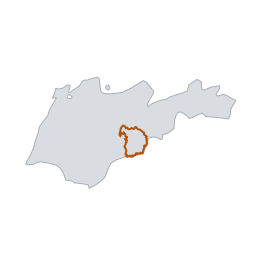 Ararat, Ararat, Armenia shown in context, rotated 300°
{"feature_id": "60910142B39713480261045", "entity_name": "Ararat", "entity_type": "district", "adm_level": 2, "iso_a3": "ARM", "parent_name": "Armenia", "parent_adm1": "Ararat", "projection": "albers", "projection_center": [44.799, 39.943], "detail": "fine", "context": "in_parent", "style": "outline", "palette": "amber", "viewbox_px": 256, "rotation_deg": 300, "n_neighbors": 0, "source": "geoboundaries", "source_scale": "gbopen_adm2", "svg_char_len": 5057}
<svg xmlns="http://www.w3.org/2000/svg" viewBox="0 0 256 256"><g transform="rotate(300 128 128)"><path d="M114.1,154.0L112.3,151.1L103.2,141.4L94.8,134.0L89.0,130.9L83.2,131.2L74.2,132.6L70.9,132.0L63.0,128.7L56.5,124.7L57.4,123.2L58.8,122.0L57.2,117.0L53.7,109.0L54.1,106.5L53.0,103.0L51.8,100.3L57.0,94.1L59.4,89.1L59.9,84.2L58.6,79.1L55.4,69.8L53.4,67.1L49.6,64.6L46.4,60.4L45.7,57.5L48.4,57.0L56.3,57.0L63.9,56.1L69.9,54.3L78.6,52.7L82.2,51.3L86.3,50.7L99.0,52.3L103.7,51.1L117.9,50.9L118.3,50.3L116.3,48.4L116.4,47.6L124.8,46.4L126.1,45.5L127.2,48.6L130.4,52.0L133.9,53.4L135.8,55.3L135.9,56.7L129.7,58.5L129.3,59.3L129.7,60.2L131.6,60.6L140.2,64.9L145.1,64.9L147.7,66.2L149.1,68.8L153.2,72.3L156.5,75.7L156.7,76.8L156.1,78.6L147.0,85.3L145.8,87.6L145.7,90.0L149.8,97.2L155.8,105.1L164.6,111.0L176.6,117.4L176.8,121.4L175.0,126.2L173.4,129.5L172.6,131.7L171.2,132.7L159.3,132.6L157.5,133.4L156.7,134.3L156.6,135.1L161.0,136.5L167.7,141.6L171.6,146.5L175.7,148.7L180.3,152.6L183.9,156.2L189.7,160.9L195.9,159.2L204.4,163.3L204.8,166.2L204.4,168.8L199.1,171.7L198.5,172.9L198.5,173.9L199.2,175.3L202.4,177.5L206.1,180.9L210.3,185.9L208.5,187.5L204.7,187.7L201.6,187.2L200.6,188.2L200.7,189.9L204.7,193.7L205.5,196.5L205.4,201.5L205.8,207.7L196.6,207.4L188.7,210.5L185.8,210.0L183.7,204.7L182.0,200.5L176.8,189.6L178.1,185.0L175.3,182.5L168.6,177.9L166.9,176.0L167.8,173.3L168.4,168.5L167.7,164.5L165.9,163.4L162.6,163.3L158.5,164.3L150.4,168.2L144.8,165.8L141.5,163.4L139.6,161.4L135.4,163.1L134.4,162.3L134.1,157.2L132.9,154.5L130.3,151.3L128.0,149.8L119.3,153.0L114.1,154.0ZM127.3,63.5L127.6,61.7L127.2,60.0L125.8,59.5L124.1,59.9L124.0,61.8L124.5,63.5L126.2,64.3L127.3,63.5ZM154.8,91.5L152.9,92.6L151.0,92.1L151.0,89.3L152.3,88.1L153.9,88.2L155.3,89.2L154.8,91.5Z" fill="#d9dde1" stroke="#a8b0b8" stroke-width="1"/><path d="M117.8,124.1L117.3,125.4L117.6,125.4L118.6,125.3L120.5,125.1L120.6,126.9L121.9,126.7L121.2,128.8L119.8,129.7L119.5,130.5L119.3,130.5L119.2,130.9L119.6,131.6L118.9,131.8L118.2,131.7L117.1,132.8L116.9,132.4L116.7,131.5L115.3,133.8L114.0,133.4L112.9,134.0L110.0,134.2L109.4,135.6L108.1,137.2L107.2,138.1L106.4,138.2L105.8,138.5L105.1,138.5L103.9,139.1L104.1,140.4L102.8,140.5L102.8,140.8L102.8,141.0L102.7,141.3L102.7,141.5L102.8,141.7L102.9,141.8L103.0,141.9L103.0,142.0L103.3,142.2L103.3,142.3L103.5,142.6L103.8,142.7L103.8,142.8L103.9,143.0L104.0,143.1L104.3,143.1L104.5,143.1L104.8,143.2L104.9,143.3L105.0,143.6L104.9,143.7L105.0,143.8L105.1,144.0L105.1,144.3L105.1,144.5L104.8,144.8L104.8,145.0L104.7,145.1L104.8,145.3L104.9,145.5L105.0,145.6L105.1,145.8L105.3,145.9L105.5,145.9L105.8,145.6L106.0,145.4L106.3,145.5L106.4,145.8L106.3,146.1L106.1,146.1L105.9,146.3L106.0,146.5L106.4,146.5L106.5,146.5L106.5,146.4L106.8,146.5L107.0,146.8L107.1,147.0L107.3,147.1L107.5,147.1L107.7,147.3L107.9,147.4L108.0,147.5L108.1,147.8L108.2,148.0L108.3,148.0L108.5,148.0L108.8,147.9L109.1,148.0L109.3,148.3L109.4,148.2L109.5,148.2L109.5,147.9L109.6,147.7L109.8,147.7L110.1,147.7L110.1,147.8L110.3,147.9L110.4,148.0L110.3,148.3L110.1,148.4L110.0,148.5L109.9,148.6L109.9,148.8L109.8,149.0L109.9,149.3L110.0,149.4L110.3,149.4L110.5,149.3L110.9,149.4L111.1,149.4L111.1,149.5L111.2,149.8L111.3,150.0L111.3,150.3L111.4,150.5L111.5,150.8L111.6,151.0L111.7,151.4L111.8,151.4L111.9,151.5L112.0,151.5L112.1,151.4L112.3,151.3L112.4,151.1L112.5,151.1L112.9,151.2L112.9,151.3L112.9,151.5L112.8,151.8L112.9,152.0L113.0,152.2L113.0,152.3L113.2,152.5L113.1,152.8L113.1,153.1L113.3,153.2L113.4,153.3L113.5,153.2L113.8,153.2L114.1,153.1L114.5,153.0L115.0,152.9L115.3,152.8L115.6,152.7L116.4,152.4L117.0,152.2L117.4,152.1L117.5,152.1L117.9,152.1L118.0,152.1L118.4,151.9L118.6,151.8L118.9,151.8L119.0,151.8L119.4,151.8L119.6,151.8L119.7,151.7L119.9,151.7L120.0,151.6L120.0,151.4L120.2,151.1L120.3,151.0L120.4,150.9L120.5,150.9L120.5,151.0L120.8,151.3L121.0,151.3L121.3,151.4L121.3,151.5L121.3,151.8L121.3,152.0L121.4,152.3L121.5,152.3L121.6,152.2L121.8,152.3L122.0,152.3L122.3,152.4L122.5,152.5L122.8,152.6L123.0,152.6L123.4,152.4L123.5,152.4L123.8,152.3L124.1,152.2L124.4,152.0L124.5,151.9L124.9,151.6L125.1,151.4L125.3,151.2L125.7,151.1L125.9,151.0L126.1,150.9L126.3,150.9L126.5,150.8L126.8,150.8L126.7,150.6L126.8,150.3L126.9,150.2L127.0,149.9L127.1,149.7L127.3,149.7L127.5,149.6L127.8,149.6L128.0,149.6L128.2,149.4L128.3,149.2L128.4,148.9L128.5,148.6L128.8,148.5L128.8,148.4L128.9,148.1L129.0,148.0L129.3,147.9L129.5,147.8L129.7,148.0L129.8,148.1L130.0,148.2L130.1,147.9L130.3,146.9L130.3,145.5L130.5,145.0L131.0,144.7L131.8,144.5L132.0,144.2L131.8,143.6L131.8,143.1L132.2,142.1L132.5,139.8L132.5,139.1L132.2,138.3L132.0,137.6L132.0,136.6L132.2,135.9L132.8,135.0L132.8,134.1L132.6,133.9L131.7,134.0L130.6,133.7L130.1,133.5L129.9,133.2L129.9,131.9L129.9,131.3L128.8,130.8L128.2,130.4L127.3,129.3L127.2,128.6L127.3,128.3L127.9,127.4L127.9,127.0L127.6,126.7L126.8,126.2L127.5,125.4L127.8,124.7L127.9,124.1L127.8,123.1L127.5,122.4L125.4,122.0L123.6,122.0L122.8,122.5L119.3,123.5L118.9,123.6L117.8,124.1Z" fill="none" stroke="#b45309" stroke-width="2"/></g></svg>